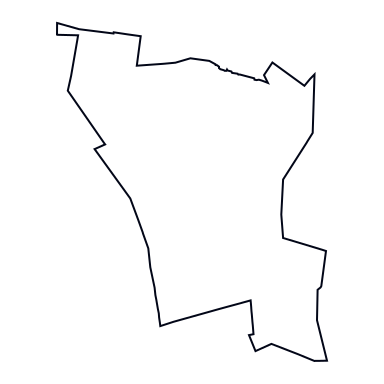 San Nicolás, Tamaulipas, Mexico
{"feature_id": "50627088B43321963844579", "entity_name": "San Nicolás", "entity_type": "district", "adm_level": 2, "iso_a3": "MEX", "parent_name": "Mexico", "parent_adm1": "Tamaulipas", "projection": "albers", "projection_center": [-98.76, 24.622], "detail": "fine", "context": "isolated", "style": "outline", "palette": "ink", "viewbox_px": 384, "rotation_deg": 0, "n_neighbors": 0, "source": "geoboundaries", "source_scale": "gbopen_adm2", "svg_char_len": 1355}
<svg xmlns="http://www.w3.org/2000/svg" viewBox="0 0 384 384"><path d="M57.0,34.6L57.4,34.8L78.1,35.3L77.3,40.1L71.1,75.9L67.8,90.7L104.7,143.9L105.1,144.4L94.6,149.1L118.6,182.3L130.3,198.5L138.3,220.1L142.8,232.6L142.9,233.2L148.3,248.4L150.3,267.3L154.6,287.7L155.4,295.1L156.3,299.7L157.9,309.1L158.6,312.4L158.8,313.4L159.1,317.4L159.4,319.5L159.9,322.8L160.3,326.1L173.5,321.8L210.3,311.5L216.3,309.8L226.5,307.0L236.5,304.3L250.6,300.4L250.9,303.5L251.2,307.1L251.3,308.8L251.5,311.5L251.8,314.3L252.2,319.0L252.3,320.2L252.4,321.5L252.6,323.6L252.8,325.5L253.5,334.2L249.0,335.1L255.5,351.1L271.4,343.9L297.5,354.0L307.7,358.2L314.5,361.0L315.1,360.9L317.0,360.9L317.3,360.9L327.0,360.7L317.0,320.2L317.1,315.3L317.6,289.8L320.6,287.4L321.3,286.1L326.0,251.0L322.0,249.7L283.1,238.0L281.3,214.6L283.1,179.5L306.7,142.6L307.2,141.7L307.5,141.2L312.7,132.9L314.5,74.4L310.1,78.9L304.4,85.8L272.4,62.5L264.0,75.1L267.9,82.9L265.6,82.0L261.9,80.6L258.9,79.7L256.6,80.1L254.5,79.7L254.2,78.3L239.8,74.5L238.3,74.6L237.6,73.7L232.1,72.9L231.4,71.5L227.6,70.5L227.0,69.5L226.4,70.8L224.7,70.8L223.8,70.2L220.3,69.2L219.0,68.1L219.0,66.7L217.0,65.2L215.6,65.0L215.5,64.3L209.3,60.9L190.4,58.3L175.4,62.7L163.4,63.8L136.8,65.7L140.7,36.2L127.1,34.3L113.7,32.3L113.5,33.5L79.1,29.2L57.1,23.0L57.0,34.6Z" fill="none" stroke="#020617" stroke-width="2"/></svg>